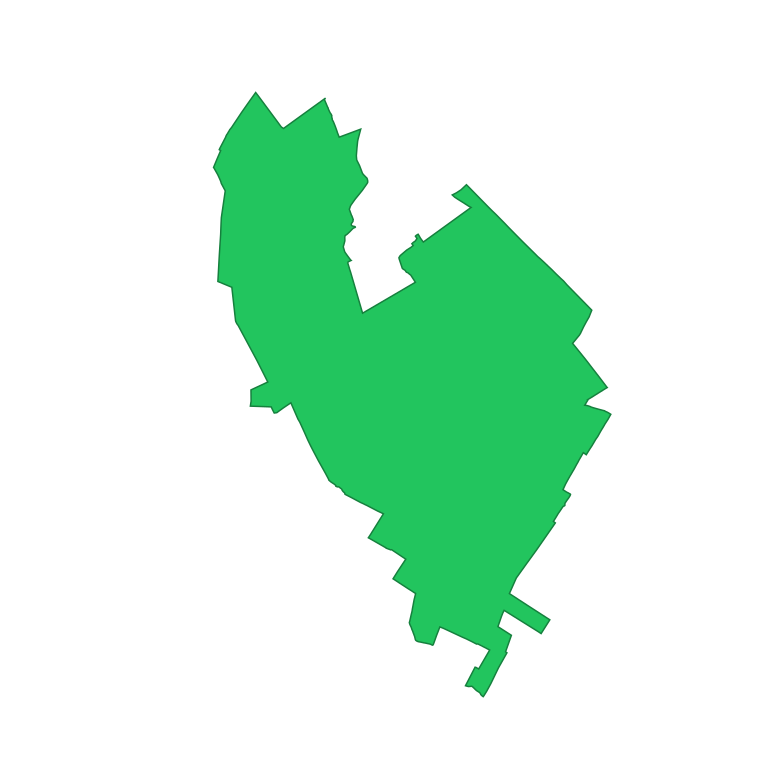 outline of Sihlea, Vrancea, Romania, rotated 122°
{"feature_id": "2599482B87031961829785", "entity_name": "Sihlea", "entity_type": "district", "adm_level": 2, "iso_a3": "ROU", "parent_name": "Romania", "parent_adm1": "Vrancea", "projection": "robinson", "projection_center": [27.167, 45.48], "detail": "fine", "context": "isolated", "style": "filled", "palette": "green", "viewbox_px": 768, "rotation_deg": 122, "n_neighbors": 0, "source": "geoboundaries", "source_scale": "gbopen_adm2", "svg_char_len": 6147}
<svg xmlns="http://www.w3.org/2000/svg" viewBox="0 0 768 768"><g transform="rotate(122 384 384)"><path d="M360.6,592.7L364.8,590.4L376.2,584.1L385.1,579.2L382.6,564.3L408.9,543.5L409.3,543.1L409.9,542.3L410.8,540.8L411.1,540.2L411.6,538.8L431.4,504.2L443.9,483.6L459.5,493.7L469.0,487.6L473.6,485.6L469.6,478.7L464.3,469.5L463.2,467.5L464.9,464.9L466.8,461.7L465.1,459.7L461.8,458.4L457.4,456.6L449.3,453.0L459.4,438.3L461.0,435.2L467.2,425.8L471.7,419.2L475.3,413.5L478.8,407.6L483.7,399.2L490.5,386.8L493.9,380.9L494.8,379.7L495.2,377.1L495.3,373.0L495.6,371.1L496.2,370.7L496.0,369.1L495.2,368.0L495.5,364.5L495.7,363.9L496.3,363.2L496.9,361.6L497.2,359.7L498.2,358.6L497.6,351.5L497.2,345.4L496.9,341.1L496.5,338.2L496.3,335.9L496.1,334.5L495.1,321.9L494.7,318.7L494.4,315.7L507.8,315.7L520.0,315.7L522.7,315.8L521.9,295.4L522.1,295.2L521.1,290.4L520.5,289.8L521.0,272.7L535.8,273.1L544.4,273.1L544.5,268.5L544.6,265.1L544.7,259.1L544.8,255.0L544.8,251.2L544.9,248.0L544.9,246.2L546.8,245.5L549.6,244.6L551.1,244.1L557.7,241.5L559.3,240.9L561.6,239.9L563.0,239.4L564.0,239.1L564.9,238.8L566.9,238.1L570.3,236.9L571.7,236.4L572.7,236.2L573.2,235.8L574.0,234.9L575.0,233.5L575.4,232.7L576.3,231.5L577.1,230.6L578.7,228.3L579.5,227.4L580.2,226.4L581.4,224.9L581.9,224.2L584.2,221.9L584.5,221.3L584.6,220.5L584.6,220.1L584.6,219.6L584.5,219.0L584.3,218.3L584.1,217.6L583.8,217.0L583.4,216.0L583.0,214.8L582.7,214.0L582.3,212.8L582.0,212.3L581.1,209.7L580.5,208.1L580.1,206.9L580.0,206.2L580.0,205.6L579.8,204.5L579.4,204.2L579.0,204.1L575.2,204.9L569.3,206.2L560.4,207.9L559.7,204.0L558.9,197.6L557.2,183.6L556.5,178.9L555.9,172.8L555.5,167.7L554.7,166.6L553.6,153.4L575.5,152.7L575.6,155.8L575.9,156.7L596.7,155.0L596.5,154.2L596.2,153.2L595.9,152.2L595.0,150.9L594.1,149.8L593.8,149.3L593.8,149.0L593.9,148.5L593.9,148.1L594.1,147.4L594.2,146.6L594.4,145.9L594.8,144.1L594.9,143.4L595.0,142.5L595.0,141.2L595.0,139.6L595.2,138.8L595.6,138.0L596.0,137.5L596.4,136.3L596.6,134.2L595.5,134.1L590.3,134.1L581.7,134.6L564.2,136.5L546.8,137.3L546.7,139.0L529.6,142.8L529.4,158.8L519.0,161.2L515.2,161.9L512.3,162.2L512.3,150.1L512.3,122.0L512.4,118.5L496.1,118.4L495.8,138.6L495.7,146.0L495.3,166.6L478.4,169.0L461.1,167.9L443.9,166.7L411.5,165.1L411.0,165.1L410.8,167.5L408.7,167.5L406.1,167.5L401.4,167.6L399.9,167.5L397.6,167.4L394.4,167.3L392.9,167.2L392.5,167.0L391.9,166.5L391.4,166.3L391.1,166.3L390.8,166.4L389.9,167.1L389.1,167.3L387.9,167.3L385.4,167.2L383.0,167.0L380.5,167.0L379.0,167.2L378.7,167.4L378.6,167.8L378.7,169.6L378.7,170.3L378.8,171.0L378.9,172.0L378.8,174.7L378.8,176.2L374.2,176.8L372.6,177.0L367.8,177.3L363.3,177.5L361.7,177.5L359.0,177.6L355.0,177.7L350.6,178.0L347.4,178.1L345.3,178.3L341.7,178.4L339.1,178.5L336.6,178.6L336.8,175.0L329.5,175.0L326.4,174.9L322.2,175.0L319.0,175.1L316.9,175.0L315.3,174.9L309.4,175.2L302.7,175.3L301.1,175.4L295.4,175.3L291.5,175.5L289.5,175.6L289.5,177.0L289.5,178.5L289.6,180.0L289.9,181.7L289.8,182.7L290.4,184.5L291.9,189.4L293.3,194.2L293.8,196.3L293.8,196.7L293.9,197.5L294.5,199.8L294.9,201.0L295.6,202.5L291.9,202.6L289.8,202.6L289.6,203.1L283.4,200.0L277.8,197.3L270.8,193.9L268.7,192.8L268.5,193.5L264.2,204.8L259.3,218.1L256.7,225.1L254.8,230.5L249.6,245.6L239.0,244.2L236.7,244.2L236.2,244.3L229.9,245.0L224.0,245.4L221.2,245.5L218.4,245.6L215.9,246.1L211.3,246.9L202.9,281.6L201.5,286.2L200.7,290.5L199.4,296.7L198.1,302.2L197.0,307.7L196.0,312.5L195.0,317.8L194.5,321.1L193.7,324.4L189.9,341.4L187.5,351.6L185.0,362.0L183.7,367.1L182.3,373.0L181.0,378.4L179.8,384.1L178.5,389.8L174.9,404.7L172.5,414.6L171.3,419.7L178.5,421.6L183.5,423.9L187.5,426.3L188.1,423.1L188.2,419.4L188.2,416.5L188.2,414.5L188.3,406.5L188.1,403.7L242.8,425.9L241.7,428.7L241.0,430.4L240.6,431.2L239.9,432.4L239.0,434.2L238.9,434.4L239.5,434.8L240.8,435.4L242.0,435.7L243.1,433.1L245.3,433.2L246.7,433.4L247.4,433.7L248.0,434.1L250.3,434.7L251.1,432.6L253.7,433.5L258.3,435.7L266.5,438.3L268.9,438.3L269.1,438.2L270.0,437.3L276.2,429.8L276.4,429.0L276.4,426.6L276.6,425.9L277.1,424.9L277.3,424.2L277.0,422.6L277.2,421.6L277.4,420.2L277.4,419.2L279.4,414.9L281.1,411.3L335.3,439.7L306.5,472.0L305.2,473.6L303.5,475.5L300.8,478.6L300.3,478.9L299.8,479.1L299.5,479.1L298.9,478.8L296.6,477.3L296.5,478.0L296.1,479.1L294.9,482.2L293.5,485.6L293.0,486.8L292.5,487.6L289.3,491.2L288.5,491.5L288.0,491.6L286.1,492.2L283.8,492.9L283.3,493.1L282.3,493.7L280.4,495.0L279.1,495.5L278.7,495.6L277.9,495.2L276.4,494.6L273.4,493.8L269.7,493.0L269.1,492.9L268.1,492.5L267.4,492.1L266.6,491.5L266.2,491.4L266.0,491.6L265.9,491.9L266.1,492.8L266.6,494.0L266.8,494.5L266.7,495.5L266.4,496.0L265.8,496.4L265.3,496.6L264.6,496.6L264.0,496.6L263.4,496.5L262.7,496.5L262.3,496.6L262.1,496.9L261.4,497.0L260.9,497.2L259.8,498.6L258.4,500.4L258.3,500.8L257.2,502.2L254.6,505.5L254.1,506.1L253.2,506.2L252.7,506.3L251.2,506.7L250.0,506.8L249.3,506.8L242.6,506.4L241.7,506.3L237.0,505.7L231.3,505.0L227.4,504.8L223.9,504.6L222.0,504.6L221.6,504.7L220.9,505.1L220.3,505.5L219.7,506.1L219.3,506.5L218.7,507.2L218.4,507.7L218.3,508.3L217.5,511.6L217.2,512.7L216.9,513.5L216.6,514.1L214.6,516.7L211.8,520.4L209.9,523.5L208.7,525.5L208.4,525.9L205.1,528.4L198.2,532.0L192.1,535.0L190.2,535.7L181.2,538.5L180.2,538.8L190.1,546.4L198.4,552.8L195.8,556.3L195.3,557.0L194.8,557.5L193.5,559.1L191.3,561.9L188.6,565.6L188.0,566.5L187.9,566.8L187.8,567.1L187.6,567.4L187.0,568.2L186.1,568.8L185.8,569.3L184.8,570.1L184.2,570.4L183.9,570.6L183.8,570.8L183.8,571.0L183.5,571.3L183.0,572.2L182.5,573.5L180.3,576.9L179.4,577.8L179.1,578.5L174.6,584.9L173.9,585.3L172.5,585.1L220.2,604.5L220.5,604.6L220.5,605.4L220.5,606.8L220.4,607.4L220.0,608.5L217.8,614.0L213.2,625.7L206.3,643.3L204.8,647.3L208.2,647.5L214.7,647.9L219.9,648.2L229.6,648.7L237.1,648.9L243.2,649.1L247.0,649.2L249.6,649.5L250.1,649.6L250.9,649.5L253.1,649.5L254.5,649.4L256.0,649.5L257.3,649.4L258.7,649.1L259.8,649.0L271.3,648.1L272.6,647.9L272.6,646.2L281.8,644.8L290.7,643.3L290.9,642.7L294.6,635.9L296.5,633.0L298.2,630.5L299.0,629.5L300.1,628.3L304.3,621.0L329.1,610.1L333.6,607.6L343.7,601.8L360.6,592.7Z" fill="#22c55e" stroke="#15803d" stroke-width="1.5"/></g></svg>